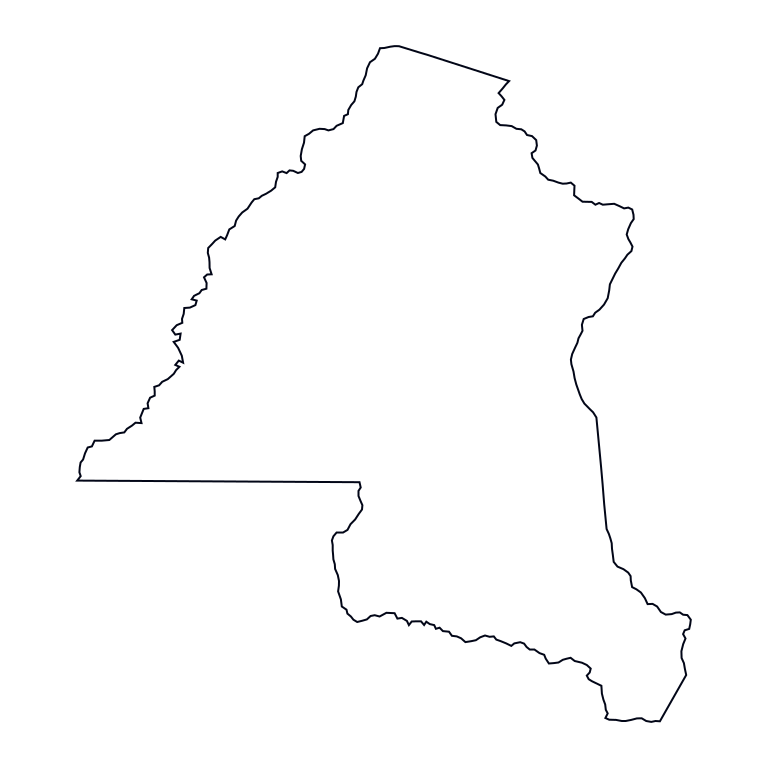 the district of Reserva do Cabaçal, Mato Grosso, Brazil
{"feature_id": "56859067B45237202156931", "entity_name": "Reserva do Cabaçal", "entity_type": "district", "adm_level": 2, "iso_a3": "BRA", "parent_name": "Brazil", "parent_adm1": "Mato Grosso", "projection": "mercator", "projection_center": [-58.451, -14.934], "detail": "fine", "context": "isolated", "style": "outline", "palette": "ink", "viewbox_px": 768, "rotation_deg": 0, "n_neighbors": 0, "source": "geoboundaries", "source_scale": "gbopen_adm2", "svg_char_len": 4582}
<svg xmlns="http://www.w3.org/2000/svg" viewBox="0 0 768 768"><path d="M609.2,719.7L616.0,719.9L621.8,721.0L625.7,721.0L631.2,719.9L636.9,718.4L641.7,718.3L646.2,721.0L651.3,721.9L655.5,721.0L659.9,721.3L686.2,675.0L684.9,668.9L683.9,663.1L681.6,658.0L681.4,651.2L683.2,644.1L685.5,638.5L683.1,634.1L684.7,630.3L689.2,628.9L690.2,624.3L690.8,619.7L687.4,615.1L683.1,614.7L679.8,612.4L675.9,612.6L671.7,614.1L665.7,614.6L660.9,612.0L657.1,606.5L652.6,603.9L647.6,604.1L644.9,598.2L640.9,592.5L636.4,589.3L632.1,587.1L630.8,580.4L630.6,576.1L628.2,572.6L623.5,569.2L617.5,566.6L613.7,561.9L612.8,554.6L612.0,548.8L611.7,543.2L610.4,538.5L608.9,534.0L606.6,529.0L604.2,504.3L602.6,484.2L601.1,467.2L596.4,417.5L593.1,412.3L590.1,409.4L584.4,403.6L581.7,399.1L579.7,394.2L578.2,389.9L576.3,384.5L574.6,378.1L573.5,371.5L571.4,364.2L570.9,359.6L572.2,354.0L575.2,347.4L577.4,342.8L578.5,338.3L580.6,334.5L582.5,330.8L581.9,324.8L583.7,319.0L588.6,317.0L592.9,316.3L595.2,312.7L599.4,309.7L604.0,304.6L607.7,298.2L609.2,290.4L609.9,284.3L612.6,278.8L615.2,273.5L618.1,268.7L621.4,262.7L624.9,258.4L627.4,254.7L631.4,251.1L632.5,246.6L630.4,242.5L628.4,239.1L626.7,234.5L628.2,229.2L630.9,223.1L633.7,219.1L633.5,214.8L632.2,209.5L628.3,207.6L624.1,208.4L619.4,206.1L614.2,203.8L608.9,204.2L602.8,204.7L599.1,203.0L595.4,204.7L591.7,201.9L586.4,201.8L582.5,201.7L578.9,198.9L574.1,195.3L574.3,190.0L574.5,185.7L570.8,182.6L566.6,183.5L562.7,183.7L558.4,182.6L553.2,180.7L548.2,179.7L545.3,176.5L540.3,173.0L539.1,168.4L537.9,164.5L534.8,160.8L532.4,157.9L531.6,153.2L535.5,150.5L536.9,145.6L536.2,140.1L532.0,136.1L527.0,135.0L524.6,131.4L521.3,129.3L516.4,128.8L511.7,126.1L506.1,125.4L500.2,125.1L496.3,121.9L495.5,114.2L497.7,107.9L502.2,104.7L504.4,99.9L501.4,96.1L498.6,93.1L502.7,88.4L505.9,84.4L509.1,81.1L426.9,54.7L420.1,52.7L399.0,46.2L394.7,46.1L390.3,46.7L384.3,48.0L380.0,48.2L378.0,53.7L374.9,58.8L370.0,62.2L367.1,68.3L365.7,75.3L363.4,80.6L362.2,84.2L358.3,87.3L356.5,91.9L355.8,96.7L354.4,101.3L351.2,105.0L348.3,110.0L347.9,114.2L344.1,115.9L342.8,123.1L336.6,125.8L333.5,129.1L328.4,130.4L324.7,129.1L319.6,128.8L313.1,130.4L309.0,133.8L304.7,136.2L304.0,142.7L301.9,149.2L300.7,156.0L301.2,160.8L305.1,164.4L304.1,168.9L301.6,171.9L297.9,173.0L293.2,170.8L289.5,170.4L286.6,173.1L282.2,171.4L277.7,173.0L277.7,176.9L276.0,181.8L275.2,187.3L271.1,190.7L265.8,193.9L261.8,195.8L258.8,198.3L254.3,199.2L251.6,202.5L247.5,208.7L242.2,212.5L238.7,216.5L236.1,220.6L234.7,226.0L229.3,229.4L227.1,235.2L225.2,239.4L220.7,236.9L215.2,240.6L212.3,243.8L208.2,248.0L207.8,252.9L209.1,257.6L209.5,262.1L209.6,268.0L211.6,274.3L207.2,274.5L204.0,277.3L206.6,283.0L206.4,288.7L201.7,290.0L199.4,293.2L194.1,295.8L191.7,299.3L196.7,300.6L195.4,305.1L189.9,307.6L184.3,308.0L183.7,313.9L182.0,318.9L182.3,322.8L176.7,325.2L172.1,330.1L175.3,334.6L180.6,333.6L179.7,339.8L173.7,341.9L178.1,347.8L181.8,355.7L183.1,362.7L178.8,360.6L175.3,364.9L179.4,366.8L176.1,370.1L173.8,373.8L167.8,379.1L162.2,381.8L159.1,385.3L154.3,386.9L154.7,391.4L154.7,395.6L150.1,397.7L147.6,403.3L148.4,408.2L143.7,408.9L140.2,417.6L141.5,423.1L135.5,422.7L132.0,425.6L127.0,428.8L124.3,432.4L119.7,433.1L115.9,434.3L109.3,440.0L101.4,440.7L94.6,440.7L91.9,446.4L87.7,447.5L85.0,453.4L83.1,459.5L80.6,462.5L79.8,467.0L79.4,472.3L80.7,476.1L77.2,480.6L359.5,482.2L360.7,487.5L358.5,490.9L358.5,496.0L360.5,500.9L362.4,505.2L362.0,509.5L358.7,514.0L355.2,519.4L350.5,524.2L347.5,529.9L343.1,532.5L336.6,532.5L333.4,536.3L331.9,540.5L332.7,545.0L332.7,550.5L333.1,555.0L333.4,559.4L334.8,564.2L335.1,568.9L337.8,575.1L339.0,581.0L338.9,585.7L338.1,591.4L340.9,599.4L341.8,606.5L346.5,609.7L347.4,613.6L350.9,616.5L353.4,619.7L357.2,622.0L362.4,620.7L366.9,619.4L370.6,616.0L374.7,615.2L379.6,616.5L386.4,612.8L394.6,613.2L397.4,618.6L401.9,617.9L406.9,620.9L408.9,625.1L411.7,621.5L416.7,621.3L421.0,621.3L424.1,625.0L426.3,621.7L429.8,624.1L434.2,625.1L435.9,628.8L439.6,627.7L442.9,631.1L449.0,631.7L451.9,635.8L456.8,636.4L461.1,638.3L465.4,642.1L471.1,641.2L475.9,640.2L480.2,637.3L485.0,635.5L489.6,636.8L493.8,636.4L496.3,639.6L500.6,641.1L506.2,643.4L511.3,645.9L514.3,643.4L520.2,642.2L524.1,643.6L526.6,647.0L529.7,649.5L534.4,649.5L539.5,653.1L544.2,654.8L545.7,658.6L548.9,663.5L553.8,663.1L558.5,662.5L562.8,659.8L566.7,658.7L570.6,657.8L574.7,661.0L581.9,662.7L586.8,665.0L590.7,668.6L589.7,672.5L586.8,675.6L588.7,679.2L591.9,681.2L595.6,683.0L601.4,685.8L601.9,693.6L603.4,699.6L605.2,704.5L605.8,709.8L607.7,713.4L605.4,718.0L609.2,719.7Z" fill="none" stroke="#020617" stroke-width="2"/></svg>